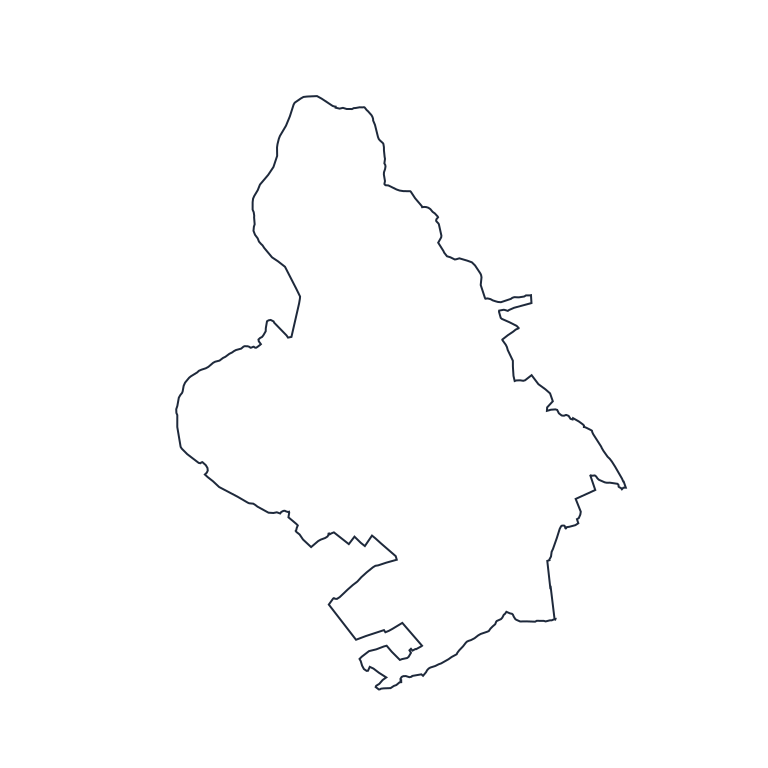 Rafaila, Vaslui, Romania, rotated 77°
{"feature_id": "2599482B94397717577016", "entity_name": "Rafaila", "entity_type": "district", "adm_level": 2, "iso_a3": "ROU", "parent_name": "Romania", "parent_adm1": "Vaslui", "projection": "equal_earth", "projection_center": [27.373, 46.79], "detail": "fine", "context": "isolated", "style": "outline", "palette": "slate", "viewbox_px": 768, "rotation_deg": 77, "n_neighbors": 0, "source": "geoboundaries", "source_scale": "gbopen_adm2", "svg_char_len": 6146}
<svg xmlns="http://www.w3.org/2000/svg" viewBox="0 0 768 768"><g transform="rotate(77 384 384)"><path d="M431.9,578.9L435.1,576.7L440.3,572.5L447.3,567.8L461.2,551.7L469.0,543.4L469.9,542.2L471.2,538.3L472.9,536.6L475.0,534.9L483.4,525.5L484.8,520.8L484.9,517.3L486.8,514.3L485.6,512.9L485.0,510.6L485.2,509.2L486.1,508.1L487.2,506.2L487.1,505.3L488.0,505.3L492.4,507.1L500.6,500.9L502.4,499.8L504.6,501.4L506.5,502.3L507.3,503.1L508.5,502.6L511.6,500.1L517.3,497.9L526.5,491.7L522.2,483.4L521.4,480.6L520.8,475.9L519.9,473.4L518.7,472.2L517.3,471.7L517.3,471.3L517.9,471.4L518.3,470.8L517.7,468.9L517.3,466.2L532.1,454.3L526.1,447.1L533.6,442.3L537.6,439.1L529.0,429.8L532.2,427.3L538.5,422.9L554.4,411.3L558.1,411.1L558.6,422.0L559.4,430.5L559.2,433.3L560.1,436.0L563.6,443.2L567.1,449.5L570.5,454.4L572.8,459.5L576.1,465.6L581.7,475.1L582.8,478.2L582.2,480.1L581.5,480.8L581.4,481.3L581.7,481.9L586.5,487.4L626.9,468.8L625.5,458.3L623.8,439.4L626.2,438.5L625.6,434.8L624.5,430.9L620.9,419.9L647.6,405.8L648.0,406.7L649.6,412.4L649.3,413.0L650.2,416.2L648.1,417.3L649.2,419.1L652.0,418.2L655.4,421.4L656.2,423.1L656.1,428.3L656.4,430.6L646.6,436.7L639.6,440.3L639.7,443.2L640.8,451.2L640.9,458.7L644.7,467.0L646.4,469.7L648.8,469.0L653.5,468.7L657.2,467.7L659.6,465.5L659.8,464.1L656.4,461.5L658.9,458.3L664.2,453.9L670.4,447.8L672.1,451.9L675.1,456.0L676.3,459.5L677.4,460.3L680.5,457.7L680.6,456.7L680.2,455.4L680.5,452.7L681.8,446.0L680.4,442.3L680.1,439.7L678.2,436.0L678.4,434.3L676.5,433.9L676.4,434.5L675.0,434.3L673.4,432.7L673.0,430.9L673.5,428.4L675.4,425.2L675.4,423.0L674.8,422.2L675.3,412.9L677.1,411.6L674.3,407.9L672.6,406.4L671.3,404.5L670.7,402.6L670.3,397.5L669.4,393.8L669.1,391.2L666.7,383.1L665.2,379.5L663.7,374.0L662.4,373.0L660.4,370.6L657.4,366.0L654.6,362.6L653.7,361.2L653.3,359.4L653.1,356.9L652.1,353.0L650.1,348.7L649.3,346.0L648.6,339.1L648.3,337.5L646.3,335.3L644.6,332.6L643.1,329.7L640.9,328.2L640.3,327.5L639.4,322.9L638.3,321.3L635.8,319.2L635.1,317.7L633.5,316.0L635.8,312.9L636.7,311.0L637.7,310.3L639.9,309.9L642.7,308.9L643.6,308.0L646.0,304.8L647.3,298.7L649.6,290.2L649.1,288.5L650.7,281.7L651.7,279.9L651.6,275.5L652.0,273.7L651.7,272.3L651.7,270.5L652.0,270.1L651.5,269.8L651.4,270.7L619.6,267.3L619.8,267.8L593.1,264.7L592.9,262.5L592.5,262.6L589.7,260.1L585.2,258.4L582.8,256.5L572.7,250.1L564.7,245.4L562.6,243.6L562.1,242.9L562.1,242.2L562.4,240.6L562.7,240.1L563.3,239.8L565.3,239.7L565.6,239.5L565.6,239.1L564.6,238.1L564.8,235.5L564.6,229.3L563.4,226.0L559.1,226.4L558.5,224.4L555.4,222.1L552.7,221.0L539.1,223.1L534.8,202.0L518.9,203.6L519.5,203.2L520.2,201.8L520.5,199.2L521.8,198.1L524.1,197.2L525.7,196.1L529.5,191.0L530.3,189.2L531.0,186.0L533.8,178.9L535.2,178.2L536.8,178.5L537.5,178.0L538.7,176.5L540.1,175.9L538.9,174.1L539.4,171.7L533.0,172.4L532.9,172.8L529.7,173.4L516.6,177.4L510.9,179.4L507.6,180.9L505.2,182.5L498.6,185.2L495.4,186.2L493.8,186.5L480.1,191.4L477.9,191.9L476.3,191.9L475.3,192.9L472.4,196.4L471.1,198.1L470.9,198.9L469.4,198.5L468.0,199.4L464.4,202.5L459.8,207.5L461.0,208.2L459.9,210.1L456.6,211.3L455.2,213.3L455.1,214.2L455.4,215.2L455.2,216.5L454.6,218.0L451.9,220.2L448.2,221.1L447.3,222.7L446.6,227.2L446.8,231.3L443.5,230.3L438.8,223.4L430.5,224.3L425.5,227.9L418.9,233.6L408.6,238.2L412.1,245.7L412.2,247.6L411.0,250.6L410.3,254.3L410.5,256.0L405.2,256.0L396.1,254.5L390.3,253.2L378.7,255.8L375.8,255.9L373.2,256.5L368.0,258.7L367.3,258.7L364.3,252.3L362.1,246.5L360.6,243.4L360.0,240.3L359.7,240.2L357.2,241.7L352.1,247.8L347.0,254.6L345.8,255.4L339.5,255.7L338.4,255.3L338.6,250.7L339.0,249.7L340.6,246.9L340.0,245.4L339.0,240.1L338.3,222.1L330.5,220.8L330.5,221.9L329.6,225.7L330.3,227.7L329.9,233.2L328.7,237.5L328.9,239.6L329.6,241.2L330.6,251.7L329.7,254.5L328.5,256.7L327.0,259.2L325.3,261.1L324.6,262.4L323.9,263.9L323.7,266.0L322.7,266.3L309.3,267.5L302.0,265.0L299.7,264.9L298.1,265.2L289.0,268.6L285.2,271.0L282.5,275.2L278.5,282.3L278.7,285.5L278.6,287.0L275.4,290.9L273.7,293.9L269.6,295.8L267.7,296.2L258.5,299.4L254.0,295.3L252.4,294.7L240.8,294.6L239.9,294.8L237.2,296.4L236.3,296.4L235.2,295.8L233.7,293.8L232.9,294.0L229.2,296.1L227.2,297.9L224.0,299.5L222.2,301.2L221.1,303.1L220.5,305.0L220.3,307.1L219.1,307.2L210.0,311.9L202.7,314.6L202.1,315.0L200.4,321.8L199.0,325.3L197.3,328.0L191.5,335.1L190.7,337.7L190.0,338.3L189.2,338.6L186.5,337.4L179.8,337.0L177.7,336.4L174.8,334.6L172.4,333.6L170.9,333.5L169.1,334.0L164.9,332.4L162.8,332.3L156.4,331.5L153.2,330.8L149.9,330.6L149.0,330.9L145.7,333.2L144.1,334.0L141.9,334.3L129.5,334.5L124.9,335.3L123.1,335.0L121.1,335.2L119.3,335.7L114.5,338.3L113.3,339.2L110.3,340.6L109.8,341.2L109.6,342.9L108.9,345.5L108.7,349.6L108.4,351.4L108.9,353.3L107.6,358.6L105.7,361.9L105.7,365.3L103.9,369.0L102.9,368.7L102.5,369.8L101.5,371.5L92.0,380.5L88.4,384.5L86.6,394.3L86.2,397.9L87.1,400.9L89.8,407.7L91.4,409.2L102.0,415.5L110.3,421.4L118.9,429.6L121.4,431.3L126.3,433.8L129.4,435.0L137.7,436.8L147.7,442.9L154.2,449.8L161.8,460.0L166.7,463.4L171.7,468.2L174.0,469.9L177.3,471.1L184.6,472.8L187.3,472.3L190.8,472.6L192.5,473.1L199.3,474.1L201.5,475.4L205.4,476.7L209.6,476.1L213.7,474.3L217.1,473.8L219.9,472.3L221.5,471.2L224.5,470.1L235.4,464.6L240.6,459.7L247.5,454.1L271.7,448.0L279.9,446.1L282.1,446.8L286.6,448.7L317.3,463.6L317.2,467.1L314.8,468.0L299.6,477.2L298.2,477.5L296.1,480.0L296.0,482.2L296.6,483.9L303.0,486.6L306.0,487.4L309.4,490.6L310.7,492.2L311.3,494.4L312.4,496.3L314.2,496.4L317.5,495.0L318.1,496.1L319.5,499.2L319.9,500.6L319.4,501.7L318.4,502.5L318.3,503.0L318.7,505.1L318.6,506.0L317.6,506.7L316.6,508.3L315.8,511.3L316.0,512.5L317.4,515.2L317.6,520.6L318.2,522.8L319.1,524.9L319.8,527.9L321.8,532.4L322.4,535.0L324.2,539.0L324.3,543.5L324.9,545.7L327.8,551.3L328.6,554.1L329.0,558.7L329.5,561.4L330.7,563.4L333.0,570.3L334.0,572.4L337.9,577.5L340.7,579.6L346.0,581.9L347.3,582.8L349.0,585.0L351.2,587.0L358.9,590.3L361.8,592.1L365.5,592.8L367.8,592.4L379.4,595.1L399.5,596.3L401.5,595.6L408.1,591.5L419.2,582.3L419.9,580.7L419.3,579.5L419.3,578.5L423.0,575.9L426.1,574.9L428.7,575.2L430.5,576.6L431.9,578.9Z" fill="none" stroke="#1e293b" stroke-width="2"/></g></svg>